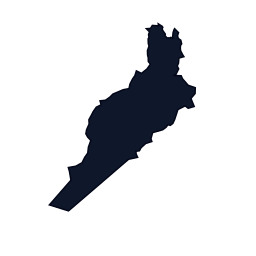 Selladi tou Appi, Nicosia, Cyprus (Albers equal-area conic projection), rotated 35°
{"feature_id": "46923920B45268143409663", "entity_name": "Selladi tou Appi", "entity_type": "district", "adm_level": 2, "iso_a3": "CYP", "parent_name": "Cyprus", "parent_adm1": "Nicosia", "projection": "albers", "projection_center": [32.619, 35.151], "detail": "fine", "context": "isolated", "style": "filled", "palette": "ink", "viewbox_px": 256, "rotation_deg": 35, "n_neighbors": 0, "source": "geoboundaries", "source_scale": "gbopen_adm2", "svg_char_len": 1372}
<svg xmlns="http://www.w3.org/2000/svg" viewBox="0 0 256 256"><g transform="rotate(35 128 128)"><path d="M101.8,194.6L105.0,197.2L111.2,203.5L107.7,236.1L126.8,230.0L146.4,153.3L152.7,146.5L149.7,144.7L147.8,142.6L150.4,140.1L150.0,136.7L151.4,130.5L155.3,125.4L153.0,123.7L150.8,117.7L157.4,109.6L158.7,105.8L158.9,102.4L161.1,101.6L162.1,98.6L161.3,94.1L158.3,84.3L162.1,77.1L166.0,77.3L169.9,72.4L162.6,67.7L163.2,61.3L160.0,56.4L152.8,58.5L144.4,56.4L141.6,54.7L135.0,59.0L136.5,56.4L135.6,50.5L132.8,49.0L132.2,46.0L129.6,41.5L132.9,37.5L130.7,36.6L126.7,34.5L125.1,32.6L123.7,30.4L123.7,28.3L120.9,25.8L117.9,25.8L115.7,24.1L114.7,20.9L109.2,19.9L109.4,21.5L110.2,24.0L112.9,28.8L111.1,29.2L110.5,30.3L108.2,31.8L105.2,31.1L104.8,29.7L100.1,28.0L98.9,26.7L98.8,25.6L97.8,25.1L93.0,25.3L94.4,26.8L89.1,30.0L89.3,33.5L86.1,36.1L90.5,36.9L91.2,39.7L93.1,41.6L93.4,43.5L96.1,47.1L98.2,48.8L99.5,53.4L102.1,56.9L104.4,59.0L106.5,61.9L109.7,62.8L109.7,68.7L107.7,75.5L102.1,76.4L103.6,81.1L103.6,85.2L104.4,90.8L106.2,95.2L102.1,99.4L100.3,102.3L98.6,105.0L96.2,108.8L95.4,113.2L93.6,118.2L89.5,121.8L92.7,124.4L90.1,129.1L90.1,134.5L90.7,138.9L91.2,143.6L93.9,147.1L94.5,150.4L95.1,153.3L96.8,156.9L100.3,158.6L104.7,159.5L106.5,166.3L109.4,171.6L109.4,176.9L110.3,182.8L107.1,189.3L101.8,194.6L101.8,194.6Z" fill="#0f172a" stroke="#020617" stroke-width="1.5"/></g></svg>